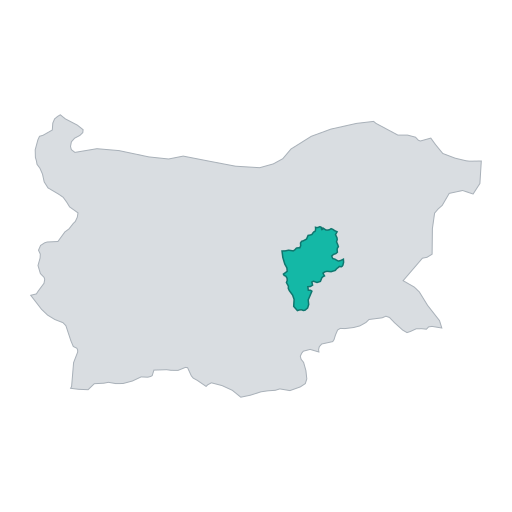 Bulgaria, with Sliven highlighted
{"feature_id": "BGR-2231", "entity_name": "Sliven", "entity_type": "Province", "adm_level": 1, "iso_a3": "BGR", "parent_name": "Bulgaria", "parent_adm1": "", "projection": "equal_earth", "projection_center": [26.271, 42.597], "detail": "fine", "context": "in_parent", "style": "filled", "palette": "teal", "viewbox_px": 512, "rotation_deg": 0, "n_neighbors": 0, "source": "natural_earth", "source_scale": "10m", "svg_char_len": 3558}
<svg xmlns="http://www.w3.org/2000/svg" viewBox="0 0 512 512"><path d="M441.8,328.0L432.0,326.4L428.6,326.9L426.4,329.2L421.8,328.7L416.2,328.8L410.3,331.5L407.0,332.6L402.7,330.1L394.5,322.7L389.5,317.5L385.9,316.2L382.2,317.8L369.0,319.5L365.9,322.5L359.8,325.9L353.7,327.5L344.9,328.6L340.2,328.4L337.6,330.0L335.5,334.9L334.0,339.7L332.7,341.6L321.7,344.0L319.3,346.7L318.6,349.4L318.9,352.0L310.1,349.4L303.3,351.2L301.7,353.2L300.3,356.2L301.1,359.3L303.6,362.4L305.9,370.6L306.8,378.9L305.3,383.6L300.3,386.9L289.9,390.6L279.8,388.9L275.3,390.3L267.9,390.8L261.0,391.8L250.4,395.2L240.8,397.2L232.3,390.3L222.1,385.6L211.4,382.8L207.7,384.8L206.1,386.4L197.2,380.3L193.2,378.1L191.3,375.8L187.6,367.7L185.4,367.4L178.0,370.4L170.9,370.3L166.6,369.7L153.9,370.1L152.2,375.6L150.6,376.5L147.8,377.2L141.1,376.9L132.4,381.0L123.1,383.5L115.8,383.6L108.4,382.3L103.9,383.2L94.3,383.7L88.1,389.7L78.6,389.3L70.6,388.3L71.6,386.4L73.6,362.6L77.7,352.0L77.6,349.8L76.8,348.2L73.3,346.5L70.9,340.8L65.9,325.7L63.0,322.7L54.8,319.5L47.6,315.1L41.6,309.4L30.7,295.3L36.4,293.9L38.2,291.1L44.0,283.3L44.7,279.5L44.1,277.4L40.4,273.6L38.0,265.5L40.1,258.0L40.3,254.1L38.5,250.2L40.6,245.4L44.7,242.8L47.2,242.0L57.9,241.5L64.9,231.9L69.0,228.9L73.3,223.4L75.3,221.5L77.3,217.2L78.0,212.9L69.6,206.9L66.8,202.3L63.2,197.3L58.2,193.9L48.0,187.9L44.2,181.9L42.5,174.1L39.9,168.2L37.0,164.3L36.5,161.2L35.4,157.4L35.2,149.8L37.9,139.8L39.5,136.3L43.0,135.3L52.3,130.0L52.8,123.1L54.6,118.9L57.5,116.5L60.3,114.8L65.2,118.8L77.3,125.1L83.1,129.7L82.8,132.6L79.9,135.4L74.6,138.2L71.4,141.8L70.5,146.4L71.3,149.6L74.9,152.4L96.9,148.7L119.0,150.6L148.8,156.9L168.6,159.0L183.2,156.1L210.3,161.4L235.5,166.2L259.7,167.7L273.3,163.9L282.8,158.7L291.0,149.0L311.3,136.3L330.9,129.1L356.5,123.4L373.6,121.4L376.0,123.4L397.9,135.1L407.6,135.1L415.5,137.2L418.4,140.3L420.4,141.0L430.8,138.1L435.5,144.6L442.8,153.5L455.2,158.2L466.2,160.8L469.7,161.2L481.3,161.0L479.9,183.5L473.1,194.0L462.5,190.5L449.2,193.4L442.2,205.4L438.2,208.9L434.6,213.1L432.4,228.6L432.1,254.2L427.0,257.3L422.4,258.2L403.1,280.7L414.3,287.1L419.3,291.9L427.6,305.4L439.5,320.6L441.8,328.0Z" fill="#d9dde1" stroke="#a8b0b8" stroke-width="1"/><path d="M297.4,310.6L293.7,306.4L294.1,299.4L292.6,295.1L289.3,290.6L288.3,288.4L288.4,286.1L286.4,282.5L287.2,280.6L287.1,278.3L285.8,276.1L284.2,275.5L283.4,274.1L287.2,271.3L286.9,267.9L284.8,264.1L282.8,257.4L282.0,251.0L285.3,250.9L288.6,250.2L293.3,250.9L294.9,249.8L296.4,248.1L298.1,247.8L299.8,247.8L300.7,245.7L300.5,243.0L301.6,241.3L303.3,240.8L306.5,239.1L308.1,235.4L310.0,235.1L311.9,234.5L312.8,233.1L313.8,231.9L315.0,231.4L315.5,230.1L315.6,228.7L315.5,227.3L316.7,227.6L317.9,227.5L319.9,226.7L321.7,227.5L321.4,228.6L321.9,229.6L322.6,229.2L323.2,228.2L325.9,230.0L327.7,230.1L329.5,229.7L331.1,228.7L332.7,229.3L334.8,230.7L337.1,231.8L335.5,234.6L337.0,237.8L337.2,239.6L336.5,241.8L337.6,244.3L338.4,246.7L337.4,248.1L337.1,249.8L337.4,252.2L335.8,253.6L333.5,254.4L331.7,256.0L332.7,258.5L335.0,259.2L336.8,260.3L338.5,261.1L341.0,260.4L343.4,259.2L343.6,262.3L342.9,265.1L342.2,266.2L341.2,266.8L339.3,266.4L338.6,267.3L337.5,268.0L336.4,269.0L335.3,270.4L331.1,271.7L327.0,271.3L324.9,271.8L323.0,273.1L323.7,274.6L324.5,275.9L323.1,276.6L321.9,277.7L320.4,281.4L317.0,282.5L313.4,281.2L311.8,282.1L312.6,285.1L310.4,286.5L307.8,286.7L308.3,290.2L310.6,290.3L311.9,291.2L308.2,299.9L308.7,304.5L307.6,308.0L305.0,310.2L303.3,310.5L301.7,309.8L299.6,309.9L297.4,310.6Z" fill="#14b8a6" stroke="#0f766e" stroke-width="1.5"/></svg>